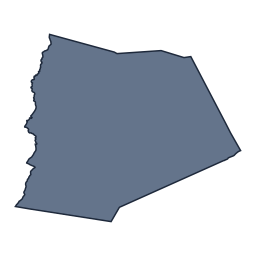 outline of San Francisco de La Paz, Olancho, Honduras
{"feature_id": "27666195B84408666272476", "entity_name": "San Francisco de La Paz", "entity_type": "district", "adm_level": 2, "iso_a3": "HND", "parent_name": "Honduras", "parent_adm1": "Olancho", "projection": "mercator", "projection_center": [-86.243, 14.84], "detail": "fine", "context": "isolated", "style": "filled", "palette": "slate", "viewbox_px": 256, "rotation_deg": 0, "n_neighbors": 0, "source": "geoboundaries", "source_scale": "gbopen_adm2", "svg_char_len": 5004}
<svg xmlns="http://www.w3.org/2000/svg" viewBox="0 0 256 256"><path d="M119.4,207.3L223.6,160.6L224.2,160.5L224.6,160.4L224.9,160.2L225.1,160.1L225.3,159.8L225.9,159.7L226.7,159.4L227.3,159.1L227.8,158.7L228.1,158.1L228.4,157.8L230.6,156.9L233.0,156.0L234.1,155.4L235.7,153.7L237.6,152.1L239.1,151.2L239.9,150.9L240.6,150.6L230.6,133.0L226.0,124.0L190.8,56.6L184.0,57.6L161.1,50.6L117.0,53.6L114.3,52.1L49.6,34.4L49.3,36.8L49.3,37.3L49.3,37.6L49.5,38.2L49.9,39.0L50.0,39.2L50.0,39.6L50.1,39.9L50.6,40.9L50.9,41.8L50.9,42.2L51.0,43.2L51.1,43.9L51.1,44.0L50.9,44.4L50.5,44.8L50.2,45.0L49.4,45.7L49.2,45.8L49.1,46.0L48.9,46.4L48.6,47.1L48.3,48.5L47.9,49.3L47.7,49.7L47.6,49.8L47.1,50.0L45.8,50.7L45.3,50.8L44.9,50.9L44.6,51.0L43.2,52.1L42.6,52.3L42.5,52.5L42.4,52.6L42.3,52.9L42.3,53.5L42.4,53.8L42.8,55.3L42.9,57.0L42.7,57.3L42.2,57.9L41.9,58.3L41.9,58.5L42.0,58.9L42.0,59.0L41.0,60.0L41.0,60.7L41.1,61.2L41.2,61.5L41.4,61.8L41.9,62.1L42.0,62.2L41.9,62.6L41.7,62.9L41.7,63.1L41.8,63.2L41.8,63.3L41.7,63.6L41.5,63.8L41.1,64.1L40.9,64.2L40.7,64.5L40.6,64.8L40.5,65.2L40.6,66.3L40.6,67.3L40.6,67.5L40.4,67.7L40.3,67.9L40.3,68.1L40.3,68.5L40.3,68.8L39.8,69.4L39.7,69.7L39.7,70.1L39.7,70.9L39.7,71.2L39.6,71.4L39.4,71.5L38.9,71.5L38.6,71.5L38.5,71.9L38.8,73.0L38.7,73.1L38.6,73.3L38.3,73.6L37.7,74.0L37.3,74.2L37.0,75.1L36.9,75.3L36.7,75.3L36.3,75.1L36.1,75.0L35.9,75.0L35.8,75.3L35.5,75.9L35.4,76.0L34.5,76.1L34.3,76.2L34.2,76.3L34.1,76.5L34.2,76.8L34.3,77.0L34.2,77.4L34.1,77.5L33.9,77.8L34.0,78.1L34.2,78.4L34.3,78.8L34.3,79.2L34.2,79.4L34.1,79.5L33.6,79.6L32.5,79.8L32.4,79.8L32.2,79.9L31.9,80.2L31.6,80.6L31.4,81.0L31.3,81.3L31.3,81.5L31.3,81.8L31.4,82.0L31.5,82.2L31.7,82.4L31.9,82.6L32.1,82.7L32.3,82.7L32.4,82.8L32.5,82.9L32.5,83.0L32.3,83.4L32.2,83.6L32.1,83.8L32.0,84.0L32.0,84.4L32.1,84.7L32.2,85.3L32.2,85.7L32.2,86.0L32.1,86.4L31.9,86.5L31.3,87.0L31.0,87.2L31.0,87.4L31.0,87.6L31.1,87.9L31.3,88.1L31.6,88.2L32.0,88.3L32.1,88.5L32.2,88.9L31.9,90.6L32.0,90.9L32.1,91.2L32.4,91.5L32.8,91.9L34.3,92.6L34.4,92.8L34.6,93.2L34.8,93.8L34.8,94.0L34.7,94.2L34.3,94.9L34.2,95.2L34.2,95.6L34.2,96.2L34.1,96.9L34.0,97.2L33.9,97.4L33.7,97.5L33.6,97.8L33.7,98.1L34.2,98.8L34.3,98.9L34.3,99.0L34.3,99.3L34.0,99.6L33.8,100.0L33.7,100.4L33.7,100.8L33.8,100.9L34.2,101.1L35.0,101.5L35.3,101.9L35.4,102.3L35.4,103.9L35.4,104.3L35.6,105.2L35.9,105.9L36.1,106.5L36.1,106.8L36.1,107.3L36.0,108.2L35.6,109.3L34.9,110.6L34.6,111.1L32.4,114.2L32.1,114.6L30.8,116.0L31.0,116.6L31.2,116.9L31.7,117.2L31.9,117.4L32.0,117.5L31.6,118.2L31.4,118.3L31.0,118.3L30.8,118.2L30.5,118.0L30.4,118.0L30.1,118.0L30.0,117.9L29.9,117.9L29.6,118.0L29.5,118.5L29.5,118.9L29.5,119.0L29.1,119.5L28.4,120.2L28.2,120.3L27.8,120.4L27.4,120.4L27.1,120.4L26.9,120.5L26.7,120.8L26.7,121.0L26.8,121.2L27.3,121.6L27.3,121.9L26.8,122.9L26.4,124.1L26.1,124.5L25.7,125.0L25.1,125.8L24.7,126.6L24.7,127.0L24.8,127.1L26.2,127.3L26.6,127.5L27.1,127.8L27.4,128.1L27.9,128.5L28.2,128.7L28.3,128.8L28.5,129.2L28.6,129.6L28.2,130.3L28.4,131.2L28.4,131.6L28.6,131.9L28.7,132.2L29.0,132.4L29.4,132.8L29.6,132.9L29.8,132.9L30.1,132.9L30.7,132.8L31.0,132.8L31.2,133.1L31.7,133.4L32.3,133.6L32.5,133.6L32.9,133.6L33.2,134.1L33.5,134.3L33.8,134.4L34.0,134.6L34.2,135.0L34.3,135.1L34.5,135.2L35.2,135.6L35.6,136.0L35.8,136.1L35.9,136.5L36.0,136.9L35.9,137.1L35.8,137.3L35.4,137.7L35.3,137.8L35.2,137.9L35.3,138.1L35.6,138.5L35.8,138.8L35.9,139.0L35.7,139.4L35.4,139.7L35.2,140.0L35.1,140.5L35.2,140.8L35.4,141.1L35.5,141.3L35.7,141.8L35.8,142.3L36.0,142.7L36.2,143.0L36.5,143.2L36.7,143.3L36.8,143.5L36.8,143.9L36.7,144.1L36.3,144.4L36.0,144.4L35.8,144.4L35.6,144.4L35.3,144.3L35.3,144.8L35.6,145.6L35.8,146.6L36.0,148.1L36.0,148.9L36.0,149.4L35.9,150.0L35.8,150.5L35.6,150.8L35.0,151.7L34.3,152.6L33.8,153.7L33.3,154.7L32.5,155.8L31.9,156.8L30.9,157.6L29.7,158.4L28.9,159.1L28.7,159.4L28.6,159.6L27.8,161.1L27.4,161.7L26.9,162.3L26.5,162.7L26.4,162.8L26.2,162.8L26.6,163.0L27.1,163.2L28.3,163.7L28.9,164.0L29.4,164.3L29.8,164.6L30.9,165.1L32.3,165.7L33.1,166.0L33.5,166.2L34.1,166.4L34.4,166.6L34.7,166.9L35.0,167.2L35.0,167.3L35.0,167.5L34.8,167.7L34.5,167.9L34.0,168.1L33.1,168.8L32.7,169.3L31.9,170.1L31.1,170.9L30.8,171.3L30.6,171.7L30.6,171.8L30.6,173.2L30.8,174.1L30.8,174.3L30.8,174.6L30.5,175.0L30.2,175.2L30.1,175.3L29.9,175.5L29.7,175.8L29.4,176.5L28.9,177.0L28.6,178.0L28.5,178.3L28.4,178.7L27.8,179.0L27.6,179.2L27.5,179.4L27.3,180.1L27.2,180.9L27.1,181.1L27.0,181.3L26.6,181.7L26.3,182.0L26.0,182.5L25.8,183.0L25.7,183.5L25.6,183.9L25.6,184.2L25.7,184.9L26.0,185.9L26.0,186.3L26.0,186.6L25.9,187.2L25.4,188.6L25.2,189.5L24.9,190.2L24.7,190.6L24.0,191.9L23.9,192.1L23.9,192.6L24.0,193.0L24.4,193.7L24.7,194.4L24.7,194.7L24.6,194.9L23.8,196.0L23.3,196.4L23.2,196.6L22.9,197.3L22.2,198.9L21.4,199.6L20.6,200.3L19.7,201.0L19.2,201.2L19.1,201.4L18.9,201.7L18.6,202.3L18.1,203.0L17.4,203.9L16.8,204.4L16.6,204.7L16.4,204.9L16.1,205.4L16.0,205.7L15.6,206.2L15.4,206.5L30.1,209.0L111.1,221.6L119.4,207.3Z" fill="#64748b" stroke="#1e293b" stroke-width="1.5"/></svg>